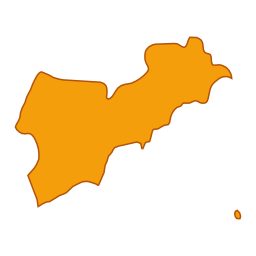 the Province of Bình Thuận
{"feature_id": "VNM-496", "entity_name": "Bình Thuận", "entity_type": "Province", "adm_level": 1, "iso_a3": "VNM", "parent_name": "Vietnam", "parent_adm1": "", "projection": "natural_earth1", "projection_center": [108.248, 11.033], "detail": "fine", "context": "isolated", "style": "filled", "palette": "amber", "viewbox_px": 256, "rotation_deg": 0, "n_neighbors": 0, "source": "natural_earth", "source_scale": "10m", "svg_char_len": 2173}
<svg xmlns="http://www.w3.org/2000/svg" viewBox="0 0 256 256"><path d="M231.7,78.4L229.3,77.2L227.0,76.6L224.4,76.6L221.8,77.2L219.3,78.4L214.4,82.3L212.5,84.4L211.2,86.5L210.0,89.7L208.2,98.3L207.1,101.3L205.8,102.7L204.1,103.1L201.6,103.1L200.1,102.7L197.0,101.0L195.1,100.8L193.6,101.2L190.7,102.6L189.1,103.1L183.5,103.1L182.7,103.6L180.9,106.0L176.8,107.5L174.2,110.0L172.2,113.1L171.0,115.8L169.5,122.8L168.1,124.6L164.4,125.3L163.3,125.7L158.1,128.8L156.5,129.1L154.1,129.2L153.0,129.8L152.1,132.1L150.2,139.9L149.5,141.6L146.6,142.0L145.1,143.2L142.9,148.6L141.9,148.6L140.7,143.4L136.8,142.0L118.7,146.1L114.5,147.7L112.7,150.5L111.9,152.2L108.5,156.3L107.7,158.7L107.2,160.7L105.1,165.5L104.0,172.6L98.6,185.1L97.6,185.1L96.0,184.0L89.5,181.8L87.0,181.4L83.9,181.6L81.6,182.1L73.0,186.3L66.9,192.2L64.8,193.5L59.4,195.6L49.8,201.5L46.7,202.0L43.3,203.4L38.1,206.6L37.1,199.6L27.9,175.4L34.7,167.6L36.8,164.0L38.8,159.2L39.0,154.0L38.4,148.8L37.0,143.9L35.6,140.5L33.9,137.2L32.1,135.1L30.1,133.7L27.7,133.5L25.1,133.8L22.1,133.5L19.6,132.2L16.9,129.8L15.4,127.2L16.2,124.8L18.7,120.4L19.9,117.5L20.5,112.9L22.1,108.2L25.0,102.5L26.5,97.8L27.2,96.0L30.5,89.8L32.6,84.3L35.8,77.8L37.3,75.3L38.7,73.5L39.8,72.6L40.5,72.2L41.6,71.9L48.5,74.8L53.6,77.6L58.8,79.1L63.1,79.9L100.3,82.2L103.5,83.4L105.6,85.2L106.6,87.4L106.9,89.6L107.0,92.1L106.8,95.3L106.6,96.5L106.6,97.6L107.2,98.7L108.5,99.0L110.3,98.3L112.4,96.3L116.2,90.3L118.2,87.7L121.2,85.6L124.9,84.4L131.1,83.3L135.6,81.3L140.0,78.6L143.7,75.6L146.5,72.8L148.1,70.7L148.5,68.9L148.2,67.1L146.0,62.7L145.1,60.0L144.9,57.0L145.0,53.9L145.6,51.2L146.8,49.1L148.9,46.9L152.5,44.9L155.5,44.2L174.2,43.5L177.4,43.9L181.6,46.4L184.0,47.4L185.6,46.6L186.8,44.7L188.5,39.7L189.8,37.3L196.6,37.5L199.0,38.6L201.1,40.1L202.2,42.0L202.8,44.0L203.3,48.7L203.7,50.6L204.7,52.2L206.0,53.1L209.8,54.2L210.7,55.3L211.1,57.1L211.5,62.0L212.1,64.0L213.0,65.0L214.6,65.2L219.2,64.8L222.1,65.4L226.1,67.4L228.8,70.2L230.7,73.5L231.4,76.0L231.7,78.4L231.7,78.4ZM237.2,210.3L239.6,212.8L240.6,216.2L239.9,218.7L236.8,218.5L235.4,216.7L234.7,214.0L235.3,211.5L237.2,210.3Z" fill="#f59e0b" stroke="#b45309" stroke-width="1.5"/></svg>